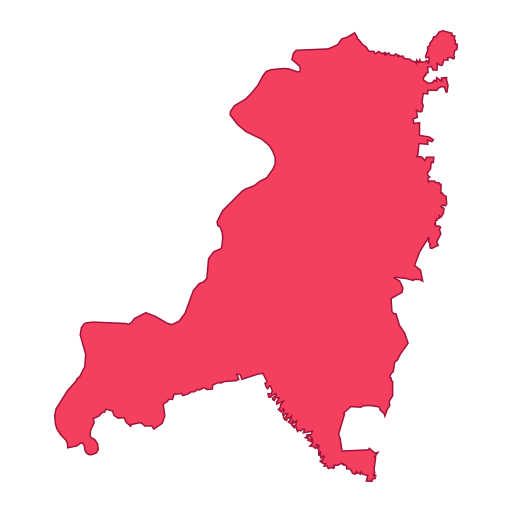 Brahamanbaria, Chittagong, Bangladesh (orthographic projection)
{"feature_id": "16705992B2831557138260", "entity_name": "Brahamanbaria", "entity_type": "district", "adm_level": 2, "iso_a3": "BGD", "parent_name": "Bangladesh", "parent_adm1": "Chittagong", "projection": "orthographic", "projection_center": [91.088, 23.957], "detail": "fine", "context": "isolated", "style": "filled", "palette": "rose", "viewbox_px": 512, "rotation_deg": 0, "n_neighbors": 0, "source": "geoboundaries", "source_scale": "gbopen_adm2", "svg_char_len": 5972}
<svg xmlns="http://www.w3.org/2000/svg" viewBox="0 0 512 512"><path d="M440.6,227.2L438.4,225.8L436.2,226.4L434.7,224.1L435.6,224.0L435.3,221.2L437.2,220.0L436.6,219.1L439.6,218.1L439.3,215.6L441.2,217.0L443.4,213.3L444.0,208.7L443.0,207.4L441.5,207.8L441.1,206.2L442.5,205.1L445.3,205.8L446.7,204.2L446.1,196.3L443.5,195.1L442.5,193.1L440.8,193.3L441.1,184.2L439.5,184.1L438.9,182.6L435.7,182.8L434.8,181.1L429.1,181.0L428.7,182.0L427.9,181.0L427.9,178.8L429.8,176.9L427.9,175.5L427.4,173.0L430.6,168.8L431.2,162.5L433.3,162.6L433.8,157.2L426.5,157.2L424.7,160.6L421.8,156.9L416.8,156.7L417.9,154.7L419.0,143.5L427.9,144.3L427.4,140.2L431.9,141.7L433.4,139.8L429.2,137.0L419.5,135.4L419.6,122.8L414.0,123.4L413.0,119.0L417.4,117.4L416.4,110.4L419.4,111.9L421.9,111.5L423.2,105.4L422.0,102.7L423.2,93.4L427.7,94.0L427.9,90.3L436.9,90.3L439.1,87.6L441.7,86.7L444.4,86.9L446.0,92.0L447.0,92.1L448.0,85.2L446.5,79.9L446.6,77.5L441.4,78.0L441.7,81.2L436.6,77.6L436.2,81.3L434.2,80.2L432.4,82.7L428.6,83.4L423.7,80.3L423.2,77.8L424.6,76.6L424.6,75.3L426.0,75.1L425.7,73.5L428.1,72.6L427.5,67.3L431.4,66.5L433.0,70.0L437.0,70.1L437.3,63.3L440.2,65.4L442.3,65.2L444.0,59.8L447.9,60.2L447.8,57.7L451.4,57.4L451.9,58.5L452.0,57.1L452.6,58.7L454.1,58.6L454.5,56.8L453.7,55.3L454.7,50.7L457.0,49.3L457.3,44.1L455.2,43.9L455.4,40.3L454.2,39.7L454.8,36.1L451.8,35.4L452.1,33.3L442.8,30.7L439.1,32.0L435.7,36.8L433.6,36.8L432.7,39.7L429.9,43.1L430.0,45.1L427.6,47.1L427.7,50.4L425.6,56.3L426.0,57.8L428.1,57.2L429.1,58.0L428.7,63.1L427.7,62.6L428.0,61.4L426.2,60.5L425.0,62.0L420.5,61.9L419.8,59.8L418.6,62.6L416.7,60.1L416.3,63.2L415.5,61.8L411.9,61.0L410.2,59.3L404.5,58.5L402.7,56.0L400.0,56.4L399.0,55.5L397.8,57.3L398.0,55.2L395.5,53.9L394.7,55.4L390.0,55.0L388.8,52.9L385.6,55.2L384.6,54.6L386.0,53.4L385.4,52.4L381.9,53.6L378.8,51.4L375.7,53.5L374.5,53.1L374.1,51.4L368.7,51.2L366.1,46.8L363.2,45.2L358.7,39.6L357.2,38.9L357.4,37.5L354.6,32.8L347.0,37.3L341.8,38.8L337.6,44.8L328.3,48.9L296.1,50.3L293.4,53.4L291.9,59.5L299.5,66.1L300.4,69.6L299.7,71.7L297.4,71.8L288.5,68.8L283.1,68.5L271.0,69.7L266.2,71.5L263.0,75.7L257.8,85.4L251.0,93.7L245.6,99.1L234.4,105.7L230.5,111.5L230.1,114.8L237.9,124.8L246.1,131.7L261.8,139.2L269.1,145.4L272.7,151.1L275.1,157.3L275.2,163.9L272.9,169.2L266.6,177.9L259.6,181.4L254.1,185.8L245.4,189.0L241.9,191.4L222.6,210.7L217.1,221.8L217.7,225.4L220.5,227.4L222.4,233.5L222.7,239.1L221.7,247.2L220.9,248.7L213.8,251.7L208.6,258.6L206.8,278.5L203.3,282.0L199.2,283.6L193.4,290.4L185.2,313.0L179.2,321.1L172.0,324.6L167.3,323.3L155.8,316.6L145.8,312.7L134.4,318.6L131.7,322.3L128.6,324.3L126.0,323.5L93.3,322.1L86.3,322.8L83.8,324.2L81.4,327.8L80.2,334.8L85.7,354.4L84.8,366.6L79.7,376.6L77.0,378.7L76.2,380.9L67.4,390.8L56.1,408.8L54.7,415.4L55.4,423.8L57.0,429.1L60.5,434.5L66.1,440.4L67.6,444.0L67.7,447.8L76.9,445.9L80.5,443.1L82.3,443.1L84.1,444.9L85.0,450.4L86.4,453.0L89.0,454.6L91.5,454.7L96.1,453.1L98.3,449.5L97.6,443.9L94.7,439.5L90.8,437.5L90.1,434.8L90.6,430.2L94.2,422.7L93.3,418.6L98.8,416.1L102.6,412.2L104.6,412.1L106.0,409.1L112.5,411.1L114.2,415.6L118.2,418.2L124.3,417.7L125.9,422.0L131.1,426.7L130.5,425.0L131.2,424.5L140.1,422.7L142.9,424.0L144.6,426.0L151.9,425.9L153.8,429.1L162.1,423.4L162.9,421.5L164.8,415.9L163.2,404.2L167.5,401.4L168.5,399.4L172.5,399.4L174.0,394.4L181.6,393.5L182.7,395.6L187.8,394.1L191.3,391.8L194.4,391.8L197.4,389.6L199.8,389.9L204.0,387.5L206.8,389.5L212.4,389.0L212.7,385.1L218.1,382.6L220.5,383.1L224.7,381.5L235.9,380.7L238.8,379.4L236.8,374.2L240.3,374.7L241.9,379.3L258.2,374.0L262.9,373.4L266.8,381.0L266.8,382.3L264.9,383.3L266.5,387.5L267.7,388.8L269.4,385.8L270.4,386.0L272.3,390.8L271.1,394.1L268.0,393.7L268.7,397.1L270.6,397.3L272.8,394.9L275.8,393.7L276.4,394.9L272.9,397.9L272.6,399.4L274.1,400.5L276.1,397.5L279.1,397.8L276.6,402.2L276.7,404.1L283.3,401.2L280.7,404.7L280.1,407.8L278.3,409.4L281.1,412.0L283.1,409.0L284.1,409.3L282.7,413.9L283.3,416.2L285.4,413.7L287.7,413.6L285.9,416.9L283.8,418.0L284.5,419.4L286.6,420.5L287.3,418.1L289.4,418.1L291.6,416.1L291.0,418.7L288.4,422.0L292.1,424.5L293.1,423.2L292.2,421.8L292.8,420.7L294.4,422.8L296.5,421.0L295.8,425.3L292.5,425.8L294.3,427.8L296.0,427.0L297.5,431.5L298.5,430.4L300.9,430.8L303.7,428.9L304.6,430.0L303.3,432.8L312.4,431.3L311.2,434.6L306.9,434.9L306.7,436.6L305.3,437.7L307.5,438.2L309.2,435.9L311.7,438.0L311.0,439.3L308.7,438.9L307.9,440.1L311.3,441.8L312.4,439.9L312.7,443.1L309.8,446.1L313.1,446.5L315.3,448.3L316.8,447.4L316.2,445.0L317.3,445.8L317.9,444.9L319.2,446.5L317.5,448.3L318.9,450.0L318.7,455.6L320.3,452.0L320.8,452.8L319.9,455.6L321.1,456.5L320.8,457.9L321.9,458.0L321.8,456.9L323.7,455.8L324.5,456.8L322.3,459.7L322.2,461.3L320.4,460.5L320.1,461.3L323.3,463.6L325.5,463.9L324.1,466.1L327.0,465.9L328.3,468.5L331.8,467.4L333.4,468.5L334.4,467.5L333.8,465.3L338.3,465.1L341.2,463.3L343.5,464.9L343.4,463.8L346.8,466.4L346.6,468.8L350.1,469.0L352.7,473.4L355.0,474.2L356.5,471.9L356.7,473.2L357.6,472.6L360.3,474.2L361.0,471.8L362.5,474.1L367.7,475.6L366.3,481.0L372.0,481.3L372.2,479.0L375.4,478.5L374.1,476.0L375.8,476.0L375.7,475.2L373.4,474.5L374.8,472.8L374.0,469.5L375.7,457.2L374.5,457.0L378.0,452.4L374.8,453.1L369.4,448.3L368.3,449.9L342.0,451.0L340.2,438.6L338.6,434.2L344.5,414.1L343.6,413.0L350.9,406.6L361.0,407.2L363.1,405.8L370.1,405.5L379.2,406.9L380.3,410.2L384.1,413.6L384.9,416.1L387.2,409.4L389.8,405.5L389.1,401.6L392.7,395.5L392.6,381.3L391.1,380.5L391.2,378.2L389.8,376.6L390.3,375.0L393.3,371.3L394.7,362.2L397.2,360.2L400.8,353.4L408.1,343.2L404.7,333.2L399.4,325.3L396.0,313.8L393.4,313.4L391.9,311.6L391.1,298.5L402.0,292.4L402.9,288.0L399.7,281.0L394.1,278.0L394.7,277.3L406.8,278.6L413.2,280.4L414.6,279.4L419.8,279.6L422.7,281.1L420.5,270.2L414.6,265.4L419.6,251.9L428.3,237.9L429.3,238.1L428.3,241.4L430.3,243.9L429.7,245.0L430.3,248.1L432.1,248.3L438.3,245.2L436.6,242.2L440.8,233.8L439.4,229.5L440.6,227.2Z" fill="#f43f5e" stroke="#9f1239" stroke-width="1.5"/></svg>